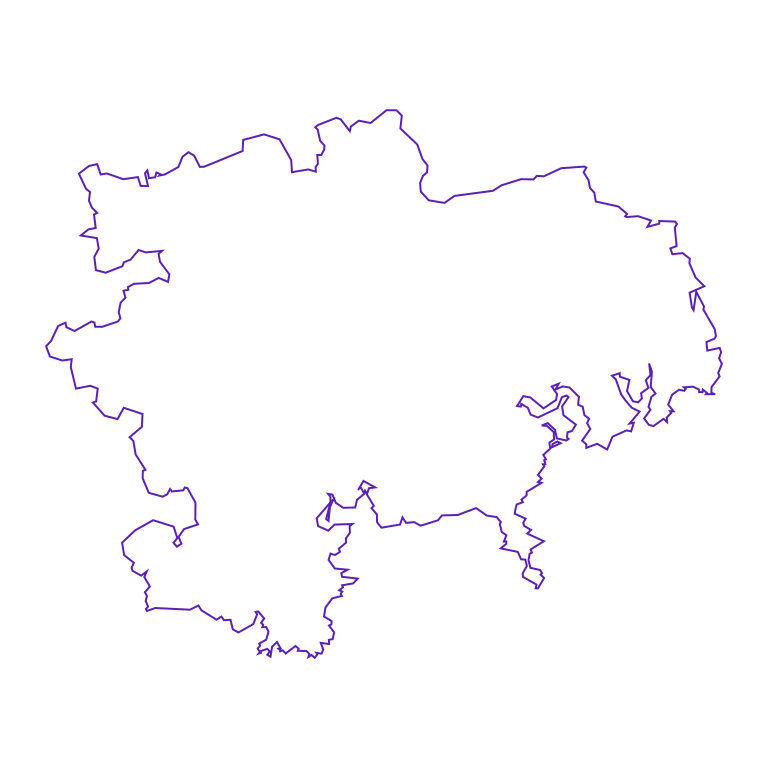 the district of Bandon - Kinsale Lea-6, Cork, Ireland
{"feature_id": "5873133B71141720266314", "entity_name": "Bandon - Kinsale Lea-6", "entity_type": "district", "adm_level": 2, "iso_a3": "IRL", "parent_name": "Ireland", "parent_adm1": "Cork", "projection": "mercator", "projection_center": [-8.645, 51.706], "detail": "fine", "context": "isolated", "style": "outline", "palette": "violet", "viewbox_px": 768, "rotation_deg": 0, "n_neighbors": 0, "source": "geoboundaries", "source_scale": "gbopen_adm2", "svg_char_len": 6071}
<svg xmlns="http://www.w3.org/2000/svg" viewBox="0 0 768 768"><path d="M401.8,115.6L396.5,110.3L386.5,110.2L370.6,123.0L358.9,120.7L350.9,126.5L349.8,131.2L340.8,119.4L336.4,117.8L318.0,125.0L315.2,127.3L317.7,129.6L320.1,140.7L324.4,145.4L324.2,149.5L321.3,155.0L317.3,155.0L317.9,163.9L315.6,167.0L315.8,171.7L308.4,169.4L292.0,172.2L291.2,160.0L279.5,139.3L264.0,134.4L243.2,139.9L242.6,151.0L204.2,166.7L199.9,166.9L194.1,155.6L188.4,152.2L182.5,156.8L178.4,167.0L164.8,174.5L159.5,175.5L160.7,174.4L156.4,172.5L155.1,177.3L149.0,178.2L147.4,170.4L145.0,173.3L148.0,186.0L140.7,185.9L137.9,177.1L123.2,179.2L107.0,173.5L100.7,174.5L97.2,164.2L89.1,165.9L78.9,173.7L86.0,188.8L90.0,192.0L89.0,200.7L91.9,207.6L97.2,212.9L94.0,214.5L95.7,228.0L88.4,229.4L80.8,235.5L96.9,238.1L98.7,248.7L94.3,256.9L95.9,270.1L105.6,272.7L122.3,266.3L123.9,262.3L130.6,259.6L138.6,250.0L145.7,252.4L162.0,250.9L158.6,253.8L160.0,261.8L169.4,274.4L168.0,281.9L158.6,277.9L149.0,283.0L133.9,283.8L127.9,287.1L128.3,289.8L123.5,290.7L125.5,297.6L120.6,302.7L118.7,312.2L120.4,318.3L117.9,321.5L102.1,326.8L95.1,326.7L94.5,322.6L91.5,321.5L74.6,331.0L66.4,327.2L65.5,322.7L58.1,326.0L51.1,340.9L46.1,346.2L49.9,356.5L62.3,360.5L71.7,359.2L70.8,367.2L76.0,388.6L90.2,385.8L97.7,388.6L96.2,401.3L92.9,402.5L104.6,415.7L117.5,419.1L123.8,407.8L142.5,414.0L141.9,426.8L129.6,437.2L133.4,441.0L135.6,454.4L145.4,469.8L142.8,470.9L142.7,478.4L148.8,492.8L162.6,496.7L167.2,494.3L170.1,489.0L171.9,491.5L183.3,490.3L184.8,487.5L187.4,488.1L195.5,502.7L195.3,519.6L198.0,524.4L184.0,529.1L178.6,536.9L181.4,543.7L176.9,546.7L173.5,542.8L177.3,538.1L173.6,526.6L153.1,520.2L135.2,530.3L122.1,542.7L124.1,555.0L133.8,562.8L131.6,567.9L132.5,570.8L141.2,575.6L146.7,571.5L144.3,577.1L149.9,586.5L144.9,592.2L147.0,596.1L145.7,600.9L148.0,606.7L145.9,609.0L147.0,611.0L155.2,608.0L190.0,609.7L198.4,605.5L201.4,610.3L216.5,619.7L221.4,616.6L224.0,620.2L230.5,619.8L232.8,629.3L238.3,632.5L253.3,624.1L257.1,614.4L255.6,612.0L258.1,611.4L264.2,618.5L261.1,622.8L263.1,624.7L262.4,627.1L266.3,627.1L268.5,631.6L266.2,639.7L259.2,643.6L260.1,645.7L257.7,648.6L259.5,651.4L267.4,648.9L269.8,651.5L267.3,654.8L270.5,656.7L272.1,646.7L277.0,642.0L280.5,648.2L278.6,648.7L281.1,650.4L279.3,651.7L282.7,650.3L285.7,653.5L295.5,646.0L298.6,648.7L297.8,650.8L306.5,651.1L309.3,653.9L308.4,657.0L311.5,655.0L314.7,657.8L317.3,654.4L316.3,652.8L321.5,653.7L323.2,649.6L320.8,642.9L329.1,644.0L328.9,639.9L332.7,639.1L334.1,632.4L329.0,625.5L331.4,624.4L331.6,621.0L324.0,616.5L325.5,607.5L332.2,598.4L341.9,595.9L340.7,593.8L342.3,591.6L339.2,590.3L343.0,587.3L342.1,585.3L353.2,583.4L357.7,578.6L342.1,576.8L341.3,573.2L347.6,569.7L334.8,568.5L328.6,559.9L330.5,553.6L335.1,555.0L340.0,551.8L338.8,548.7L346.1,542.6L345.8,538.6L349.9,532.7L349.6,526.3L352.4,524.0L334.5,524.6L328.2,530.6L318.1,526.1L316.7,518.3L330.5,502.3L326.2,519.0L328.5,520.9L329.9,507.3L333.2,499.8L330.5,501.8L330.4,496.7L328.1,493.9L332.5,494.7L335.8,502.8L343.3,507.8L355.2,507.5L357.0,499.8L366.1,492.2L365.0,490.6L364.0,493.1L360.3,486.8L358.1,490.1L363.5,480.9L375.1,487.4L368.9,488.2L366.9,494.4L373.8,505.9L371.5,508.2L376.9,514.4L377.1,522.3L381.5,527.7L400.1,524.5L402.5,517.4L406.1,522.9L414.1,522.1L420.6,525.7L438.0,520.3L442.0,515.4L457.7,515.0L476.1,508.1L486.9,515.6L496.7,517.1L500.9,522.1L499.8,524.1L501.8,532.1L506.4,535.2L503.9,541.6L506.3,541.5L506.2,543.9L500.8,548.4L517.8,551.9L521.1,559.3L525.3,559.6L526.9,565.9L522.7,573.4L523.0,576.9L536.5,584.6L535.7,588.3L537.9,588.4L544.1,578.0L540.6,574.6L542.0,573.2L540.1,570.0L530.4,567.8L528.5,560.0L529.7,553.7L531.9,552.6L530.7,549.4L543.9,541.2L527.2,533.6L531.0,529.9L524.2,526.0L523.2,522.7L525.6,518.7L514.7,513.7L515.2,510.4L516.6,504.5L522.9,502.2L521.4,499.7L526.6,495.4L526.6,491.9L541.4,482.9L538.0,482.0L541.6,478.7L538.0,474.9L544.4,466.2L542.9,464.3L545.3,464.0L544.2,460.2L545.9,459.3L543.3,454.9L550.2,448.7L549.4,442.6L554.1,439.4L553.7,432.1L547.0,425.9L541.7,425.5L547.7,423.1L555.1,429.9L556.8,438.4L566.4,440.5L568.6,438.9L567.0,437.6L567.5,432.3L572.0,431.0L575.9,424.7L563.5,415.2L562.1,406.5L568.5,397.0L566.4,395.5L561.9,397.2L557.5,408.2L537.9,417.5L530.6,414.6L527.9,407.9L521.3,403.9L520.8,406.6L517.1,406.0L523.3,396.1L530.4,397.5L543.5,408.4L556.1,399.9L557.1,394.1L551.7,386.5L558.7,383.7L555.5,389.4L563.0,386.4L569.6,387.6L578.9,396.8L578.1,404.7L582.7,406.7L584.4,415.1L589.1,418.7L587.1,423.1L590.3,429.0L582.1,440.6L586.3,444.3L586.3,447.9L597.2,443.8L607.2,449.5L612.5,436.7L626.5,430.4L631.1,431.4L633.8,422.8L629.6,423.6L639.6,411.6L631.6,407.6L625.9,401.0L621.2,394.5L615.8,379.4L612.0,375.7L619.7,373.2L619.9,376.7L629.4,379.9L627.0,391.1L633.0,401.3L638.2,402.3L641.9,398.4L641.1,393.2L648.4,387.9L645.8,380.2L650.5,375.0L649.1,363.4L651.9,371.8L650.7,387.0L655.5,393.5L651.4,396.9L648.5,406.8L650.4,409.8L644.1,418.5L648.8,424.8L653.4,426.1L663.5,418.9L667.1,422.1L666.7,417.6L671.2,413.0L670.0,411.2L673.6,411.3L668.2,404.6L672.1,394.7L678.9,389.8L684.3,390.8L685.7,388.9L683.9,387.3L693.0,386.7L698.8,389.4L699.2,392.2L702.5,392.2L702.8,389.6L706.9,392.9L705.9,394.2L715.2,394.2L711.4,392.9L711.5,387.1L719.6,376.4L718.2,373.0L721.9,363.8L719.1,358.4L721.1,352.2L719.7,347.9L707.3,350.6L706.4,342.1L714.5,338.7L715.9,336.1L714.8,329.3L703.3,309.4L704.1,306.7L696.3,291.8L693.6,310.1L692.0,307.7L689.6,292.7L704.4,286.2L695.7,277.7L689.4,263.4L689.8,258.7L682.6,253.1L672.4,254.2L670.3,248.4L676.6,246.1L674.8,227.4L677.0,224.0L675.1,221.6L659.3,221.0L659.2,223.7L647.4,226.9L651.0,220.5L638.1,216.2L626.6,217.0L625.2,216.3L627.1,213.9L618.4,206.5L595.8,201.5L594.3,192.7L590.0,188.0L588.5,180.0L583.6,172.3L586.4,167.6L584.4,166.6L561.2,168.2L543.9,176.3L536.8,175.9L533.5,179.4L521.0,179.2L501.5,185.3L492.9,190.8L454.5,195.9L444.5,202.9L428.7,200.3L420.8,191.6L420.1,183.1L422.9,175.9L427.1,172.4L427.5,165.4L422.6,159.3L417.2,144.4L400.4,128.5L401.8,115.6ZM552.5,444.2L552.0,447.2L560.7,443.2L557.3,441.5L552.5,444.2ZM258.8,653.5L261.7,652.5L259.8,652.3L258.8,653.5Z" fill="none" stroke="#5b21b6" stroke-width="2"/></svg>